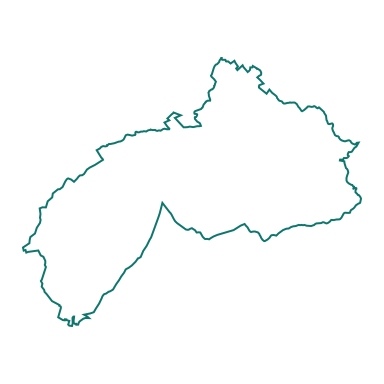 outline of Santamaria-Orlea, Hunedoara, Romania
{"feature_id": "2599482B19337014542277", "entity_name": "Santamaria-Orlea", "entity_type": "district", "adm_level": 2, "iso_a3": "ROU", "parent_name": "Romania", "parent_adm1": "Hunedoara", "projection": "orthographic", "projection_center": [23.001, 45.57], "detail": "fine", "context": "isolated", "style": "outline", "palette": "teal", "viewbox_px": 384, "rotation_deg": 0, "n_neighbors": 0, "source": "geoboundaries", "source_scale": "gbopen_adm2", "svg_char_len": 5954}
<svg xmlns="http://www.w3.org/2000/svg" viewBox="0 0 384 384"><path d="M36.8,227.8L35.0,233.5L30.4,237.0L29.7,239.8L29.4,243.2L23.0,247.5L23.7,250.6L25.5,250.0L26.3,252.6L28.1,251.9L38.3,250.5L40.7,255.4L43.4,256.8L45.3,260.9L45.3,263.2L44.8,264.9L45.9,267.0L41.8,279.7L40.9,281.0L42.4,283.6L41.7,286.7L44.2,290.0L44.5,291.8L46.8,294.3L52.0,301.1L59.4,305.0L59.2,305.7L60.7,306.5L60.9,307.9L58.2,317.3L62.9,320.1L64.8,320.3L64.9,319.3L66.4,319.4L66.5,320.1L69.3,320.9L68.2,324.6L69.2,325.6L72.0,326.0L72.7,323.4L72.5,317.9L73.4,316.6L74.1,316.6L73.6,321.0L73.8,323.0L75.0,323.9L76.2,323.8L76.3,324.7L78.2,324.6L78.5,323.3L79.5,321.5L83.3,318.7L85.5,318.0L89.0,318.1L87.3,316.6L84.1,314.7L90.4,313.4L93.8,312.2L96.0,308.4L99.1,303.6L101.8,298.0L101.9,297.5L102.8,295.7L104.0,294.3L104.7,293.9L105.9,293.7L108.7,291.7L109.7,291.5L112.7,289.8L113.1,289.4L116.1,284.3L119.1,280.1L121.2,276.5L124.1,272.6L125.6,269.6L126.3,269.0L128.5,267.9L131.8,265.5L135.6,261.7L138.0,258.3L138.6,258.3L140.7,257.0L143.2,251.0L146.7,245.8L149.8,239.5L151.1,237.4L158.3,217.6L159.8,213.1L162.4,202.9L169.3,211.8L170.7,213.3L171.4,214.4L174.0,219.4L175.2,221.3L177.1,223.1L185.9,229.5L187.7,229.8L188.7,229.7L190.1,228.8L191.9,228.2L195.1,230.3L196.6,232.5L198.8,232.3L200.3,232.5L202.7,236.8L204.7,238.8L205.2,239.0L207.3,238.9L209.2,239.3L210.3,238.4L213.5,236.5L217.3,234.9L233.6,230.1L240.7,225.6L244.6,224.0L246.0,225.8L247.5,227.3L249.4,230.7L250.5,231.8L251.2,232.0L252.8,231.6L254.9,231.5L257.9,232.4L259.3,233.9L259.8,235.3L260.6,236.4L261.0,237.6L262.5,239.8L264.0,241.0L264.8,241.1L267.6,239.5L269.5,237.8L270.9,235.7L271.7,235.2L273.8,235.0L276.3,235.6L278.5,233.4L283.0,230.1L286.4,228.7L288.8,228.5L290.9,227.1L293.3,226.3L295.5,226.1L298.8,224.9L300.1,225.2L301.4,224.9L303.0,225.2L304.5,225.0L306.7,225.7L311.2,226.0L314.1,225.0L315.5,223.8L316.6,223.4L321.1,223.1L322.9,222.2L323.8,222.3L326.1,223.3L326.7,223.4L327.8,223.0L329.6,221.8L331.3,219.9L333.6,220.1L336.4,219.5L339.2,219.4L340.1,219.1L341.5,217.6L343.6,213.7L344.3,213.0L345.1,212.7L347.4,212.9L349.8,212.8L350.1,212.4L350.4,211.1L351.0,210.1L353.4,208.5L354.4,207.5L355.9,205.3L358.4,203.6L359.8,203.1L360.2,202.5L361.0,198.7L360.5,197.3L359.9,196.4L358.7,195.0L357.8,194.9L357.2,193.9L355.5,192.3L355.5,191.0L355.7,189.8L356.4,188.9L356.3,188.2L355.8,187.9L355.2,188.1L354.2,188.2L353.6,188.7L353.4,188.6L354.0,187.4L354.0,186.7L353.1,186.4L352.3,185.0L351.0,184.7L348.9,183.5L347.3,182.1L346.7,181.0L346.5,180.3L346.5,177.8L347.3,175.1L348.2,172.8L348.2,171.9L347.7,170.1L347.1,169.0L346.0,168.1L344.5,163.2L344.3,161.3L339.9,160.5L340.1,159.6L343.0,159.7L343.8,158.1L346.6,158.0L347.7,157.5L348.8,156.2L348.7,155.9L347.8,155.3L347.7,154.8L347.9,153.6L348.7,152.1L350.7,152.1L351.9,151.6L354.3,148.0L356.4,146.5L358.6,142.6L356.8,142.8L355.6,144.2L354.8,144.5L352.3,143.5L351.1,142.4L350.5,141.1L349.1,140.3L348.1,140.4L345.1,141.3L344.1,141.2L341.7,140.4L340.2,139.4L339.2,138.1L338.8,136.9L338.1,136.3L336.6,136.1L335.1,135.2L334.8,134.8L333.9,132.5L333.0,131.0L332.3,128.8L332.4,127.6L333.1,126.0L333.0,124.3L332.1,123.4L329.5,124.1L328.6,124.0L328.0,123.6L327.6,122.5L327.2,121.2L326.5,120.0L326.0,115.6L324.5,113.5L323.8,111.8L319.0,107.4L318.5,107.5L317.9,108.2L317.6,108.3L316.4,107.7L315.6,106.8L314.4,106.2L313.8,106.2L313.1,106.7L311.6,106.9L309.2,106.4L307.7,106.6L306.9,107.6L303.9,110.2L302.1,111.2L301.4,110.8L299.6,108.1L298.4,106.9L296.8,104.1L294.8,102.6L293.7,102.5L290.9,102.7L290.0,102.4L289.0,102.8L287.5,102.9L285.2,103.5L283.8,103.5L282.8,102.8L282.3,101.9L281.8,101.4L279.3,100.7L278.0,99.3L277.8,98.8L277.1,98.0L276.9,97.1L276.5,96.4L275.6,95.5L272.1,92.8L269.4,89.6L266.6,93.7L259.0,87.6L258.9,86.6L259.2,86.2L259.1,85.6L259.3,85.2L263.5,83.6L259.8,79.7L257.3,77.4L258.9,76.0L260.9,74.9L261.1,74.6L261.2,72.7L260.6,71.2L259.9,70.2L257.0,68.4L256.8,68.7L255.6,67.6L252.8,66.0L252.4,67.4L250.3,67.4L250.0,69.7L249.8,70.1L248.6,71.4L248.3,71.4L247.7,72.0L243.4,67.0L242.6,65.3L237.4,70.1L236.2,68.5L237.6,66.9L237.9,66.4L235.5,63.0L234.4,60.8L230.6,63.5L228.1,61.4L226.4,61.5L225.9,61.3L225.6,60.2L225.3,59.8L222.2,59.8L221.6,58.9L221.8,58.1L221.2,58.0L220.9,58.8L219.8,60.1L219.3,61.2L219.2,62.0L217.1,64.2L215.9,64.6L215.5,65.0L214.6,66.2L213.8,68.0L211.8,74.5L211.0,75.6L211.3,76.5L214.2,79.3L215.9,81.7L215.0,83.9L214.8,85.1L214.1,85.8L214.3,86.4L213.8,87.7L212.7,89.0L212.1,89.4L211.5,89.4L210.3,90.4L209.5,90.7L209.2,91.2L209.2,91.5L208.5,92.5L208.5,92.9L208.9,94.7L208.8,95.2L208.9,95.8L210.2,99.7L210.1,100.6L207.6,100.7L205.9,101.6L205.8,102.2L205.1,102.6L204.8,103.3L203.7,104.4L202.9,106.6L202.7,106.9L202.6,107.5L201.7,108.1L201.7,108.3L201.1,109.0L195.2,111.1L194.5,111.8L194.3,112.9L194.6,113.8L196.9,114.1L197.2,114.5L197.2,114.9L196.8,115.9L196.1,117.0L194.9,117.2L194.8,117.8L195.0,119.0L197.2,121.6L199.6,123.0L200.2,123.9L200.9,125.9L199.4,126.2L197.2,126.2L193.3,127.1L189.8,126.6L187.2,127.2L183.6,127.3L174.9,117.9L180.8,115.3L173.5,112.5L173.1,113.3L171.6,114.4L167.4,118.5L169.3,120.3L164.5,122.5L167.2,126.4L169.3,128.6L169.2,129.2L167.0,129.3L164.5,128.7L163.1,129.1L160.6,130.7L159.0,130.4L157.1,130.9L156.1,130.6L155.2,130.0L152.4,130.1L150.6,129.6L150.5,129.9L148.2,130.3L146.2,131.5L143.9,131.2L142.6,131.6L140.9,131.6L139.1,132.3L137.7,132.3L136.7,131.8L135.9,131.8L135.6,132.0L135.3,133.0L135.5,134.1L135.2,134.9L132.2,135.6L127.7,134.6L126.3,135.0L125.7,135.4L123.7,139.4L122.7,140.3L120.6,141.4L118.5,141.7L114.4,143.2L110.4,144.0L108.7,144.1L107.7,145.2L107.2,145.1L107.2,145.8L106.8,146.1L105.2,146.4L103.1,146.1L101.3,146.9L99.8,148.5L96.7,150.2L101.2,157.5L102.5,158.8L103.0,159.8L95.0,164.9L89.9,167.5L86.9,169.6L84.1,173.9L82.3,175.2L80.0,175.4L78.5,176.7L77.2,178.5L74.0,181.8L71.1,179.5L68.1,178.4L66.7,179.3L65.2,181.6L62.6,187.0L59.8,189.2L58.0,189.3L52.8,193.5L52.2,197.4L47.7,201.3L45.9,207.4L42.4,207.3L39.7,208.4L40.5,214.0L40.0,217.8L40.6,219.8L40.0,222.9L36.8,227.8Z" fill="none" stroke="#0f766e" stroke-width="2"/></svg>